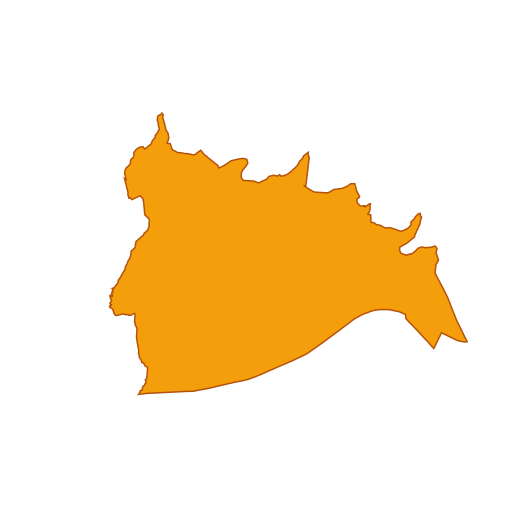 Techaluta de Montenegro, Jalisco, Mexico, rotated 64°
{"feature_id": "50627088B22644840277804", "entity_name": "Techaluta de Montenegro", "entity_type": "district", "adm_level": 2, "iso_a3": "MEX", "parent_name": "Mexico", "parent_adm1": "Jalisco", "projection": "robinson", "projection_center": [-103.587, 20.094], "detail": "fine", "context": "isolated", "style": "filled", "palette": "amber", "viewbox_px": 512, "rotation_deg": 64, "n_neighbors": 0, "source": "geoboundaries", "source_scale": "gbopen_adm2", "svg_char_len": 6030}
<svg xmlns="http://www.w3.org/2000/svg" viewBox="0 0 512 512"><g transform="rotate(64 256 256)"><path d="M328.9,422.2L331.6,414.4L341.4,391.5L344.3,384.7L347.1,378.1L350.1,371.6L351.6,365.5L353.1,360.7L355.0,353.1L358.8,336.2L360.4,329.4L362.2,322.8L362.3,322.5L363.4,317.2L364.0,311.7L364.3,308.1L364.5,305.8L364.9,295.1L365.3,285.2L366.1,268.5L366.2,253.6L363.5,236.3L363.5,236.1L358.2,208.1L355.7,195.5L355.2,185.7L356.3,175.2L357.0,172.4L358.8,167.4L362.7,159.6L369.0,151.6L374.1,147.2L375.9,148.0L377.7,148.7L381.8,147.6L388.6,145.3L394.3,143.5L402.2,141.2L408.3,139.2L413.1,138.0L417.1,136.7L406.5,123.2L406.3,123.0L420.5,111.8L422.8,108.9L424.5,106.6L425.2,105.1L425.6,103.8L401.7,103.9L388.9,102.9L377.1,101.9L369.2,102.0L349.9,102.6L342.9,98.2L339.7,93.8L331.9,92.7L328.6,90.0L327.9,90.2L325.6,90.5L325.0,94.1L323.9,97.5L322.4,100.8L320.7,102.7L320.3,104.6L320.1,107.2L321.2,110.1L322.3,114.4L322.2,116.2L321.8,116.2L321.2,120.5L318.5,123.3L317.8,123.8L317.2,124.5L314.2,124.5L311.3,123.2L311.0,121.6L310.6,114.4L309.6,110.6L309.0,108.0L308.4,105.2L307.4,104.6L305.3,102.1L303.1,99.7L302.5,98.5L301.2,97.5L300.6,96.7L300.0,95.5L298.4,94.1L296.4,92.7L295.1,91.8L294.7,90.9L293.3,90.1L291.8,90.8L290.9,90.0L289.7,89.8L289.6,90.2L289.3,90.7L289.2,92.0L289.6,92.8L290.3,94.8L291.3,96.6L292.5,98.6L292.4,99.0L293.4,101.8L296.3,103.4L297.7,107.1L297.7,112.9L297.6,114.2L295.8,116.6L293.8,118.3L292.0,120.2L289.9,122.5L288.6,124.4L287.7,127.2L285.6,129.1L283.6,130.2L282.4,131.5L280.5,134.1L278.6,134.9L277.3,136.1L276.9,136.6L276.7,137.5L276.2,137.7L275.2,137.5L274.4,137.2L273.3,136.7L272.7,136.1L272.1,136.0L271.0,135.7L270.5,135.3L269.1,134.9L268.7,135.2L268.3,136.0L268.1,136.9L267.6,137.3L267.2,137.0L266.8,136.2L266.2,135.4L265.8,134.5L264.6,133.5L263.6,132.8L262.5,132.2L261.7,132.0L260.5,131.4L259.8,130.6L259.3,130.2L258.9,130.7L259.0,131.9L259.1,133.0L259.4,134.2L259.6,135.2L259.6,136.5L259.0,137.6L259.2,136.6L258.8,136.1L258.3,136.5L258.0,137.3L257.7,138.1L257.1,139.9L256.0,140.7L254.5,141.1L253.2,141.5L252.0,141.4L250.3,141.1L249.2,140.2L248.8,139.1L248.7,137.7L248.1,136.9L247.7,136.8L246.1,136.9L243.0,137.0L240.9,136.9L238.6,136.4L237.5,136.1L235.8,135.9L234.3,135.5L232.6,139.3L232.7,139.9L233.3,142.9L233.1,146.3L233.0,148.9L232.0,152.0L231.5,153.5L230.8,155.4L230.3,157.2L230.6,159.8L230.8,162.4L230.6,164.1L224.4,175.1L223.2,176.3L217.2,180.2L213.4,182.3L215.0,180.6L190.6,164.9L189.4,164.9L186.9,164.5L185.8,163.7L186.1,165.6L187.0,169.4L189.1,172.2L189.8,175.0L191.6,177.3L193.1,179.8L193.9,182.2L194.5,184.7L195.8,188.7L196.3,192.1L196.2,195.2L195.3,198.2L194.7,198.9L193.8,198.9L193.2,199.1L193.6,201.6L191.1,204.9L190.2,209.3L191.5,212.6L191.7,213.3L191.6,213.5L191.4,221.8L187.4,225.3L187.1,226.4L185.5,229.0L183.8,231.9L183.2,232.9L183.1,233.6L182.9,233.8L181.7,234.4L180.4,234.7L178.6,234.8L176.5,233.6L174.6,232.4L172.8,230.0L172.0,228.1L170.9,225.7L168.9,222.6L165.0,221.9L162.5,225.0L161.4,228.5L160.5,232.1L159.5,236.7L160.0,239.9L160.5,243.1L160.7,246.1L160.8,248.5L160.5,250.9L157.7,250.6L154.9,252.1L152.0,253.4L148.4,255.2L145.8,256.3L144.3,256.8L142.9,257.9L141.4,258.2L136.7,259.3L137.2,261.8L137.3,263.5L138.0,265.1L138.1,266.3L137.7,267.6L137.0,269.0L135.5,270.6L133.7,273.2L132.5,275.4L130.1,278.4L128.8,281.0L126.6,282.5L123.7,284.7L117.4,283.8L115.8,286.5L111.9,282.7L107.4,281.3L105.2,281.4L102.6,281.7L100.4,280.9L98.3,280.6L96.3,280.1L90.4,279.1L88.6,277.6L86.6,277.8L86.4,277.9L87.0,278.5L87.0,280.5L87.0,282.5L88.4,283.9L91.2,285.4L93.1,285.3L95.4,286.5L97.9,286.8L99.6,287.3L100.7,288.9L102.1,290.6L103.1,293.0L103.6,293.9L105.4,294.9L106.2,297.2L107.3,299.1L109.1,300.9L109.3,301.0L111.1,309.0L108.1,309.8L107.4,312.2L107.3,314.8L107.7,316.7L108.7,319.1L109.5,320.4L111.3,321.3L112.6,321.9L114.0,323.6L114.0,325.3L115.4,327.1L117.5,328.2L118.7,329.9L119.2,331.4L119.9,334.1L120.7,335.0L122.2,336.6L124.4,338.0L126.3,338.1L128.7,339.0L130.2,339.3L128.6,340.2L142.6,343.1L144.8,344.3L148.4,344.8L148.4,343.5L150.9,342.9L151.1,333.7L155.0,332.5L159.5,333.8L165.8,336.2L170.2,337.9L176.1,335.8L177.6,336.4L178.3,336.7L179.9,338.0L181.4,338.5L183.3,339.8L185.0,341.8L186.0,343.9L186.3,346.2L187.8,348.0L190.4,357.5L193.0,359.4L195.5,361.0L196.1,363.2L196.6,365.8L200.9,368.6L202.8,370.5L204.2,373.0L206.5,375.2L208.0,377.6L210.9,380.1L212.7,382.8L214.2,385.3L215.7,386.9L216.8,389.6L217.7,390.6L218.4,390.9L218.9,391.4L219.3,391.7L219.7,392.3L220.3,392.8L220.9,394.8L221.9,396.3L222.1,397.1L222.4,397.6L222.2,398.8L222.7,398.2L223.1,398.3L223.1,398.7L223.1,399.3L223.6,400.0L224.2,400.2L224.8,400.1L225.6,400.2L225.7,400.5L225.6,400.9L225.4,401.2L225.6,401.5L226.0,401.9L226.5,402.3L226.9,402.5L227.3,402.1L227.7,402.1L227.9,402.2L228.2,402.2L228.4,402.3L228.6,402.3L228.8,402.4L228.8,402.7L229.3,402.9L229.1,403.1L228.8,403.5L227.6,403.9L227.5,404.5L227.8,404.9L229.1,404.6L229.2,405.1L229.4,405.3L229.7,405.4L230.2,405.2L230.6,405.3L230.9,405.4L231.4,405.3L231.7,405.3L232.1,405.2L232.5,405.2L232.6,405.4L233.4,405.8L233.5,406.0L233.6,406.8L233.9,407.5L234.6,407.9L235.0,408.1L235.4,408.0L235.6,407.8L235.7,407.6L235.8,407.5L236.1,407.3L236.6,407.3L236.8,407.4L237.0,407.8L237.1,408.0L237.0,408.3L236.7,408.5L236.7,409.2L237.1,409.7L237.8,409.9L238.4,409.8L239.0,409.4L239.3,409.1L239.7,408.8L239.9,408.6L240.4,408.4L240.9,408.2L241.3,408.1L242.2,408.2L243.5,408.5L245.7,408.7L247.4,408.4L248.4,407.5L248.8,405.2L249.3,403.1L249.4,401.4L250.5,400.1L251.6,399.0L252.2,397.5L252.7,396.8L253.6,396.3L254.4,394.1L254.3,392.4L254.1,391.0L254.4,390.6L254.9,390.1L256.1,390.6L259.7,392.6L261.7,393.9L263.6,394.2L265.7,394.8L267.7,394.6L269.5,395.0L272.3,396.5L273.9,397.6L276.9,399.1L280.5,400.3L286.1,401.9L289.6,402.8L292.1,404.3L294.2,404.6L296.2,405.3L297.7,405.1L300.2,404.9L301.6,405.4L302.9,404.0L306.4,403.8L308.0,402.5L309.1,402.5L309.3,402.7L311.6,404.0L318.4,408.0L318.6,409.7L319.7,409.8L321.6,410.5L322.3,411.9L323.4,412.9L323.4,414.2L324.2,415.4L325.4,416.4L326.5,416.8L326.3,419.0L328.4,421.1L328.9,422.2Z" fill="#f59e0b" stroke="#b45309" stroke-width="1.5"/></g></svg>